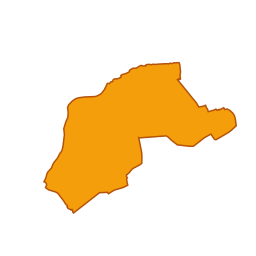 Wat Phleng, Ratchaburi, Thailand (Robinson projection), rotated 243°
{"feature_id": "78962969B25106488333665", "entity_name": "Wat Phleng", "entity_type": "district", "adm_level": 2, "iso_a3": "THA", "parent_name": "Thailand", "parent_adm1": "Ratchaburi", "projection": "robinson", "projection_center": [99.866, 13.45], "detail": "medium", "context": "isolated", "style": "filled", "palette": "amber", "viewbox_px": 256, "rotation_deg": 243, "n_neighbors": 0, "source": "geoboundaries", "source_scale": "gbopen_adm2", "svg_char_len": 1878}
<svg xmlns="http://www.w3.org/2000/svg" viewBox="0 0 256 256"><g transform="rotate(243 128 128)"><path d="M177.1,129.9L173.0,124.5L171.0,120.4L170.6,118.0L170.6,114.9L171.0,112.9L175.3,103.5L176.9,99.1L177.7,96.1L177.8,93.8L177.2,90.2L175.6,85.7L173.6,83.4L169.1,81.8L164.9,79.3L161.6,75.3L156.6,70.5L150.9,68.3L142.0,62.3L138.4,59.4L137.4,58.2L136.3,55.8L133.3,51.7L130.8,46.2L129.5,44.3L127.1,41.6L125.0,36.2L123.3,34.3L121.1,32.5L118.2,28.7L117.1,29.8L115.5,30.0L113.8,29.4L112.6,27.6L111.9,27.6L108.9,29.2L103.8,34.5L101.5,35.9L92.0,37.6L88.3,37.9L86.2,38.8L85.5,37.9L83.4,38.1L81.6,39.7L80.7,40.0L80.9,41.1L79.3,41.2L78.1,40.6L77.0,40.9L83.3,73.2L80.0,80.5L78.3,80.7L78.9,87.5L77.2,96.5L77.1,101.8L81.1,102.8L83.6,103.9L84.0,104.8L85.5,104.6L87.0,105.5L87.0,106.5L87.7,108.9L89.4,112.8L89.7,114.2L89.8,121.6L90.3,124.3L96.8,127.7L100.1,129.1L114.6,133.2L113.9,134.0L103.6,158.5L101.7,159.6L97.2,161.2L90.5,164.4L83.6,174.8L82.4,177.3L82.1,178.4L84.7,191.8L84.9,199.1L78.6,199.9L77.6,201.0L78.4,215.4L79.0,218.9L80.9,225.5L87.5,227.8L90.6,228.4L93.4,228.2L97.4,226.8L98.6,226.0L100.1,224.7L100.5,222.6L102.6,222.5L102.6,217.8L103.3,217.6L103.2,215.8L103.6,215.6L103.7,215.0L104.9,214.9L105.0,212.1L106.1,206.9L108.6,207.4L110.9,207.1L113.0,207.5L113.4,204.3L114.6,200.6L118.9,200.4L148.7,194.0L148.7,195.7L147.9,195.7L147.8,197.0L151.6,198.4L152.7,199.4L154.6,200.5L161.0,202.9L163.0,203.2L165.2,198.5L165.5,196.2L166.6,195.1L166.7,193.3L167.8,191.6L171.6,183.0L171.9,181.8L173.6,179.0L173.7,177.6L174.8,176.3L175.9,174.0L176.1,172.8L175.3,172.2L176.3,169.5L177.3,168.9L178.0,167.3L177.6,162.6L179.0,159.5L178.9,156.1L178.4,155.2L177.6,154.9L177.5,154.6L177.4,151.8L178.3,146.5L178.0,145.5L176.5,144.9L176.4,144.5L176.6,140.7L177.7,138.9L177.9,137.8L177.6,136.5L176.4,135.5L176.9,133.4L176.0,131.8L177.1,129.9Z" fill="#f59e0b" stroke="#b45309" stroke-width="1.5"/></g></svg>